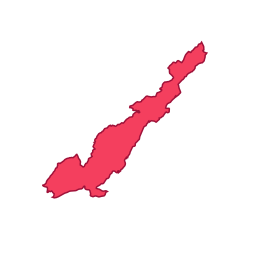 outline of Kayin, rotated 70°
{"feature_id": "MMR-3266", "entity_name": "Kayin", "entity_type": "State", "adm_level": 1, "iso_a3": "MMR", "parent_name": "Myanmar", "parent_adm1": "", "projection": "albers", "projection_center": [97.58, 17.357], "detail": "fine", "context": "isolated", "style": "filled", "palette": "rose", "viewbox_px": 256, "rotation_deg": 70, "n_neighbors": 0, "source": "natural_earth", "source_scale": "10m", "svg_char_len": 5888}
<svg xmlns="http://www.w3.org/2000/svg" viewBox="0 0 256 256"><g transform="rotate(70 128 128)"><path d="M115.2,72.6L114.3,72.4L114.6,73.0L115.5,73.8L116.0,74.7L116.2,75.4L117.2,77.6L118.3,79.3L118.5,81.4L118.7,82.6L119.4,83.6L120.2,84.5L122.1,85.8L122.5,85.4L122.7,85.1L123.5,82.8L124.1,82.6L126.9,83.8L127.2,84.5L127.2,85.4L126.8,86.1L126.2,86.4L126.1,86.9L126.5,87.8L129.0,91.3L129.1,92.5L129.5,93.4L129.6,93.9L129.4,94.9L129.4,95.3L129.8,95.2L130.6,95.6L131.5,98.0L131.8,98.5L132.1,99.6L131.8,99.9L130.6,100.8L129.1,103.7L129.7,105.9L128.6,106.0L129.0,106.7L130.0,107.7L130.4,108.8L131.5,109.8L131.9,110.2L132.1,111.8L132.3,112.5L132.8,113.1L140.1,119.9L142.3,121.1L142.7,121.6L142.9,122.3L143.8,123.9L144.6,125.8L145.2,126.5L147.0,127.3L147.3,128.0L147.1,129.5L147.2,130.1L151.3,134.2L152.9,135.3L154.5,137.6L155.5,138.3L155.1,138.7L154.9,139.2L155.0,139.6L156.2,139.7L156.2,140.0L155.8,140.6L156.4,141.6L157.0,142.2L157.8,142.5L160.0,142.5L160.9,142.8L161.7,143.3L162.5,144.1L163.7,146.3L164.2,146.9L164.5,147.6L164.5,148.3L164.7,149.0L165.8,149.6L166.5,151.6L165.9,151.2L165.4,151.0L165.1,151.3L164.9,151.9L165.1,152.5L166.0,152.9L166.3,153.3L166.2,153.8L165.6,154.4L164.9,154.8L164.3,155.0L163.7,155.8L163.4,156.7L163.5,157.5L164.8,158.6L165.4,160.4L166.0,161.2L167.5,162.3L168.2,163.2L168.5,164.1L168.3,165.5L171.4,169.6L171.7,170.5L171.7,170.9L171.2,171.9L171.3,172.4L171.9,173.8L172.5,177.1L172.8,177.8L173.7,178.4L174.4,177.9L175.7,175.9L178.4,173.7L179.0,172.6L179.3,170.7L179.7,169.9L180.6,169.1L180.8,170.7L181.7,171.5L182.7,172.2L183.5,173.3L183.5,174.2L183.1,176.2L182.9,178.3L182.7,179.1L180.9,181.4L180.6,182.3L180.6,184.4L180.3,184.8L179.3,186.0L178.9,186.3L178.2,186.4L177.6,185.9L177.1,185.6L174.4,185.3L173.6,185.3L172.7,185.8L172.0,187.5L171.4,188.4L170.9,188.8L170.6,189.0L169.6,189.1L168.1,188.6L167.7,189.0L167.8,189.6L169.0,191.3L169.3,192.3L168.7,194.9L168.7,196.0L169.0,198.0L168.9,198.8L167.6,203.5L167.4,204.6L167.7,207.1L167.6,209.8L168.7,216.7L168.8,219.1L168.4,221.2L167.2,222.6L167.1,221.6L166.4,220.9L164.6,219.9L163.0,220.7L161.4,221.1L161.1,221.3L161.1,221.6L161.2,222.4L161.2,222.8L160.5,223.4L160.2,224.0L160.9,224.5L161.0,224.8L160.9,225.8L160.6,225.9L159.9,225.6L158.4,224.7L157.5,224.4L156.5,224.2L156.0,224.3L154.4,226.6L153.7,227.3L153.0,227.7L152.6,227.6L152.7,226.2L152.6,225.7L151.8,223.8L150.2,222.7L149.0,221.1L147.6,218.4L146.7,217.6L145.1,214.5L143.9,213.1L143.2,211.6L141.1,209.7L141.0,208.4L140.8,208.1L140.0,207.7L139.0,206.8L137.7,206.5L137.4,206.1L137.3,205.5L137.5,204.6L138.1,204.0L138.1,203.6L137.7,202.8L137.6,201.8L137.2,201.0L137.1,200.0L136.1,198.1L135.8,196.1L135.8,195.3L136.0,194.5L136.0,192.8L136.3,192.1L136.4,191.1L136.9,190.2L137.1,189.4L137.0,189.2L136.6,188.5L136.3,187.3L135.2,185.5L135.3,185.1L137.2,184.8L139.7,184.8L141.6,184.2L143.4,184.2L143.8,184.3L144.8,184.9L146.5,185.5L146.7,185.4L147.3,184.7L149.1,183.7L149.3,183.3L149.2,182.3L147.8,181.0L147.4,180.3L146.9,179.9L147.0,179.0L146.6,178.1L145.9,177.6L144.9,176.3L143.9,175.9L143.4,175.5L143.2,175.0L143.0,173.4L142.5,171.4L142.2,171.4L141.5,171.7L140.3,171.6L139.5,171.3L139.3,170.9L139.0,170.0L138.7,169.6L138.2,169.2L137.2,168.9L136.9,168.6L136.4,167.4L136.6,166.4L136.2,166.2L134.4,167.0L133.6,167.2L131.5,165.3L131.1,164.6L130.3,164.3L129.9,164.6L129.8,163.6L129.5,163.3L128.7,163.5L128.0,163.4L127.8,163.2L126.9,162.2L127.0,161.6L126.8,161.1L125.9,160.6L125.0,159.7L123.4,157.4L123.1,155.7L123.2,154.5L122.4,153.5L122.3,152.2L121.5,151.4L120.6,150.1L120.7,149.4L120.7,148.4L120.8,147.3L119.6,145.6L119.4,144.1L119.5,143.4L120.2,143.4L120.5,142.9L120.5,142.5L120.2,141.7L120.2,141.3L120.9,140.9L121.2,140.0L121.7,139.8L122.2,138.9L121.2,136.1L121.7,135.3L121.8,134.9L121.0,132.2L121.0,131.9L121.8,131.0L121.8,130.7L121.2,129.4L120.7,128.9L120.1,127.6L119.6,127.0L119.1,125.4L119.0,124.4L118.4,123.1L118.9,120.2L118.9,119.9L118.4,119.4L117.6,119.0L116.9,118.4L115.7,115.3L115.7,114.8L116.0,113.9L116.2,113.6L117.1,112.9L117.4,112.5L117.3,111.8L117.1,111.6L116.9,111.7L116.6,112.1L115.9,111.8L115.4,112.0L115.3,112.4L115.3,113.2L114.5,113.9L113.9,115.0L113.7,116.2L113.1,117.2L112.9,117.3L111.7,116.7L111.2,116.8L110.6,117.6L109.8,118.2L109.7,119.2L109.5,119.3L109.0,119.3L108.1,118.6L108.3,115.8L106.8,112.0L106.5,110.3L107.3,109.0L107.6,108.1L107.7,106.5L107.5,106.2L106.8,105.7L106.6,105.3L106.5,104.2L104.5,100.2L104.5,99.7L104.5,99.4L104.7,98.8L105.6,97.7L106.0,96.7L106.4,96.3L106.9,95.1L107.1,93.4L107.8,91.8L107.7,91.0L105.6,89.3L104.9,88.5L105.0,86.0L104.4,83.9L104.1,83.5L103.8,83.3L103.3,83.5L102.6,84.6L102.3,84.6L101.9,84.5L101.6,83.9L101.6,83.0L101.6,82.6L101.4,82.3L100.5,81.5L99.0,80.7L98.3,79.8L97.7,78.7L97.4,77.6L97.9,76.4L97.9,75.4L98.3,73.9L98.3,73.0L98.0,71.9L98.0,70.7L97.6,69.9L96.9,69.2L96.6,68.3L96.1,68.0L95.7,68.0L93.6,68.7L90.9,70.1L90.5,70.1L88.6,69.6L87.3,69.0L86.8,69.1L85.6,69.9L85.1,69.7L84.6,68.5L83.8,67.6L83.0,65.3L81.8,63.2L81.9,62.4L83.1,61.0L83.0,60.4L81.9,58.7L81.8,58.1L82.0,57.6L82.4,57.2L84.7,55.6L84.9,55.1L84.7,54.6L84.2,54.3L83.5,52.9L82.1,51.7L80.8,50.6L79.1,49.0L77.9,47.2L77.4,45.7L77.1,45.6L76.9,44.8L78.5,43.3L78.5,43.0L78.4,42.8L77.9,42.5L77.7,42.3L76.9,39.9L76.3,39.1L75.8,37.9L75.2,37.3L75.2,37.0L75.4,35.3L75.3,34.9L75.1,34.5L74.1,33.7L73.5,32.8L73.4,32.4L73.6,31.3L73.6,31.0L72.5,29.5L77.1,29.0L78.0,29.2L78.9,29.5L80.6,30.0L80.7,30.3L80.6,30.9L81.0,31.3L82.8,30.5L83.6,29.5L84.0,29.1L84.5,28.3L85.5,29.7L85.9,30.6L86.7,30.9L87.7,31.3L91.0,33.6L92.1,35.8L91.9,36.6L91.7,39.3L91.8,39.9L92.6,42.0L92.8,43.4L93.0,43.6L93.9,44.2L94.7,44.5L95.9,46.0L96.4,47.4L97.0,48.3L96.9,48.9L97.0,50.1L97.3,51.0L97.3,52.1L97.8,53.6L98.1,54.2L99.4,55.6L99.5,56.1L99.2,57.0L99.3,57.3L100.2,58.0L101.2,59.6L101.3,60.5L103.8,65.5L104.2,66.0L104.4,66.0L105.2,65.9L106.6,66.2L108.2,66.4L112.1,66.3L112.7,66.5L113.1,67.1L113.5,68.1L114.1,69.0L115.2,72.6Z" fill="#f43f5e" stroke="#9f1239" stroke-width="1.5"/></g></svg>